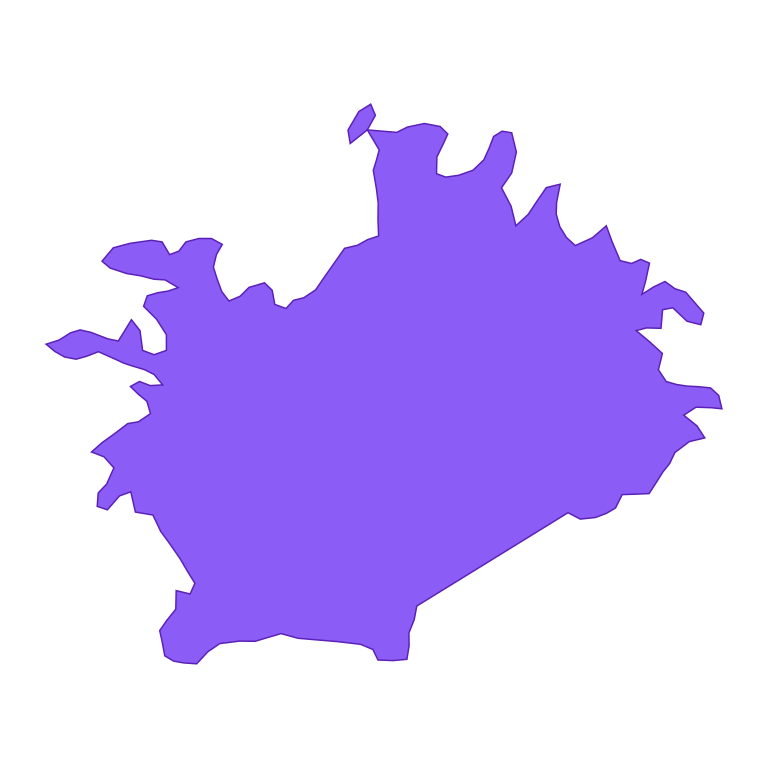 the district of Alegria, Rio Grande do Sul, Brazil
{"feature_id": "56859067B68819599415533", "entity_name": "Alegria", "entity_type": "district", "adm_level": 2, "iso_a3": "BRA", "parent_name": "Brazil", "parent_adm1": "Rio Grande do Sul", "projection": "mercator", "projection_center": [-54.067, -27.808], "detail": "fine", "context": "isolated", "style": "filled", "palette": "violet", "viewbox_px": 768, "rotation_deg": 0, "n_neighbors": 0, "source": "geoboundaries", "source_scale": "gbopen_adm2", "svg_char_len": 2712}
<svg xmlns="http://www.w3.org/2000/svg" viewBox="0 0 768 768"><path d="M367.3,129.9L379.2,149.9L376.4,160.3L373.3,170.3L376.4,188.7L378.2,202.8L378.0,219.9L378.6,236.0L367.7,239.6L357.4,245.3L344.6,248.3L334.7,262.4L324.5,276.9L315.6,289.9L303.7,297.8L293.5,300.3L286.0,308.5L274.8,304.4L272.2,290.3L264.5,282.8L249.0,287.4L240.2,296.2L228.9,301.0L221.7,291.5L216.9,278.3L213.4,267.1L216.4,254.6L222.3,244.4L211.4,238.5L198.9,238.5L185.9,241.9L178.8,251.2L169.6,254.6L162.1,241.9L151.5,240.3L140.0,241.9L130.2,243.3L113.3,247.8L102.0,261.2L110.2,268.1L126.5,273.5L140.6,275.8L153.9,279.2L165.0,279.9L178.2,287.6L168.4,291.0L157.5,292.8L147.3,295.8L143.6,306.3L156.7,319.4L166.4,334.7L166.4,350.4L154.1,354.7L142.6,350.4L140.0,330.6L131.4,319.7L124.1,331.7L118.3,341.0L107.6,338.8L91.1,332.4L80.1,329.9L70.4,332.9L59.0,340.1L46.1,344.2L54.9,351.5L64.6,357.0L76.1,359.2L86.5,356.3L98.4,351.7L113.7,358.5L124.1,363.3L133.4,366.3L144.6,369.7L154.1,374.5L162.7,384.9L150.3,385.6L139.4,381.5L130.4,386.5L138.4,394.3L146.9,401.3L150.5,413.6L138.4,421.8L127.7,423.6L114.9,433.4L102.0,442.7L91.5,452.0L104.0,456.8L113.9,467.9L106.6,484.1L98.2,493.0L97.2,506.4L107.4,509.8L119.5,495.9L130.8,491.8L135.4,512.1L152.9,515.0L160.7,531.4L170.0,544.1L180.2,558.9L187.7,571.7L194.9,583.3L190.1,594.0L176.2,590.6L175.8,609.2L167.0,620.1L159.7,630.6L162.3,642.4L164.8,655.9L173.6,661.1L183.5,662.9L196.7,663.8L207.8,651.8L219.7,643.6L239.6,641.1L255.1,641.3L267.1,637.7L281.0,633.6L298.1,638.3L338.3,641.7L360.5,644.3L372.9,649.5L378.0,660.0L393.1,660.6L406.9,659.3L409.1,645.8L408.9,632.9L414.2,619.7L416.8,606.0L568.0,512.7L580.3,519.1L595.4,517.5L606.3,513.4L615.5,508.0L622.2,494.6L637.2,494.1L649.1,493.6L656.7,481.8L663.0,471.8L669.6,463.6L674.9,452.5L689.3,441.6L704.8,437.9L697.0,425.9L683.7,415.2L696.0,407.2L711.1,407.7L721.9,408.8L718.7,395.4L710.5,387.9L698.6,386.7L687.1,386.1L676.5,384.5L666.2,381.5L658.4,369.7L662.4,353.5L649.5,341.7L636.2,330.6L646.5,327.9L661.0,328.3L662.6,309.7L672.8,307.8L687.1,321.3L700.8,324.7L703.8,313.1L685.7,292.2L674.9,288.7L665.0,281.5L653.7,286.9L641.9,294.4L645.5,281.5L649.5,263.1L640.7,259.4L631.6,263.5L620.1,260.6L611.9,241.2L606.3,225.8L592.4,237.8L575.3,245.6L566.4,237.4L559.8,226.7L556.2,214.0L556.6,202.4L560.2,184.2L546.3,187.6L537.1,201.0L528.2,214.4L515.9,225.8L511.1,206.2L501.5,187.8L511.7,173.0L516.4,152.1L511.7,132.8L502.1,131.2L493.6,136.5L489.0,148.5L483.8,159.9L472.9,170.3L458.6,175.3L445.8,177.1L436.5,173.7L436.9,156.9L443.5,143.5L447.8,134.0L440.1,126.5L424.4,123.5L407.3,127.1L396.7,132.4L382.8,131.2L367.3,129.9ZM367.3,129.9L375.4,115.3L370.7,104.2L358.9,111.5L348.0,130.1L350.2,143.5L367.3,129.9Z" fill="#8b5cf6" stroke="#5b21b6" stroke-width="1.5"/></svg>